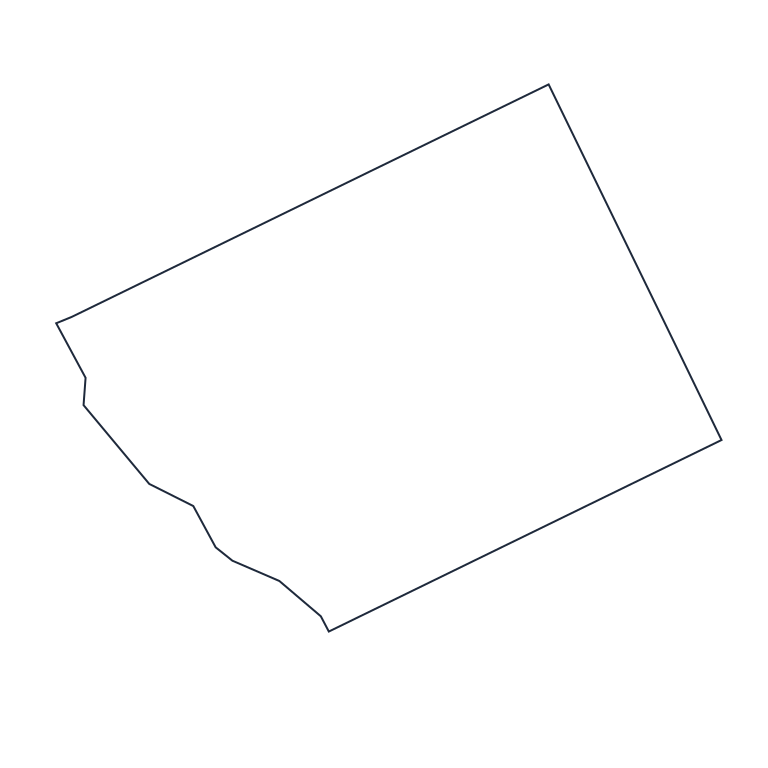 Colfax, Nebraska, United States of America (Mercator projection), rotated 64°
{"feature_id": "52423323B6784143076290", "entity_name": "Colfax", "entity_type": "district", "adm_level": 2, "iso_a3": "USA", "parent_name": "United States of America", "parent_adm1": "Nebraska", "projection": "mercator", "projection_center": [-97.093, 41.56], "detail": "fine", "context": "isolated", "style": "outline", "palette": "slate", "viewbox_px": 768, "rotation_deg": 64, "n_neighbors": 0, "source": "geoboundaries", "source_scale": "gbopen_adm2", "svg_char_len": 369}
<svg xmlns="http://www.w3.org/2000/svg" viewBox="0 0 768 768"><g transform="rotate(64 384 384)"><path d="M186.9,104.7L186.8,304.0L186.8,635.3L185.7,652.0L247.6,649.5L271.3,663.3L370.9,638.8L410.1,608.9L457.0,606.9L476.4,597.7L515.2,564.4L565.1,542.6L582.3,542.1L582.3,105.2L452.2,104.9L408.2,104.9L186.9,104.7Z" fill="none" stroke="#1e293b" stroke-width="2"/></g></svg>